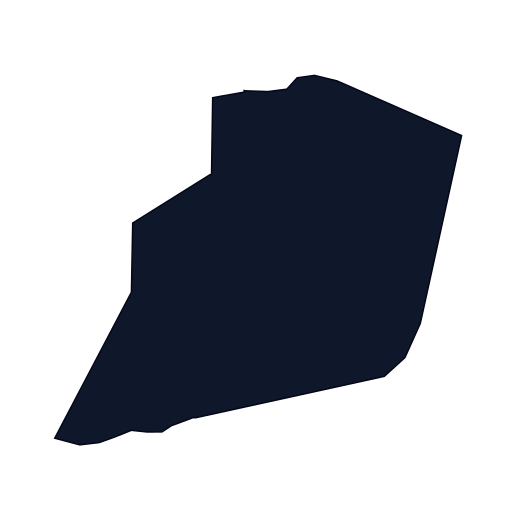 Migny, Soufrière, Saint Lucia (Equal Earth projection), rotated 86°
{"feature_id": "8701671B42961858888115", "entity_name": "Migny", "entity_type": "district", "adm_level": 2, "iso_a3": "LCA", "parent_name": "Saint Lucia", "parent_adm1": "Soufrière", "projection": "equal_earth", "projection_center": [-61.018, 13.841], "detail": "fine", "context": "isolated", "style": "filled", "palette": "ink", "viewbox_px": 512, "rotation_deg": 86, "n_neighbors": 0, "source": "geoboundaries", "source_scale": "gbopen_adm2", "svg_char_len": 552}
<svg xmlns="http://www.w3.org/2000/svg" viewBox="0 0 512 512"><g transform="rotate(86 256 256)"><path d="M150.2,42.5L87.0,162.9L79.9,185.1L81.1,202.5L91.7,213.6L92.8,232.6L90.5,254.8L90.1,256.3L91.7,256.4L94.0,278.6L95.1,288.2L171.8,294.7L171.6,296.1L214.5,376.7L283.4,382.8L423.1,469.1L423.7,469.5L432.1,445.0L431.2,425.5L428.7,416.6L426.7,409.6L421.2,392.5L424.0,376.7L424.9,362.0L419.4,352.3L413.7,332.9L412.9,330.3L413.1,327.2L385.0,136.4L367.7,114.5L334.7,96.8L228.4,65.5L150.2,42.5Z" fill="#0f172a" stroke="#020617" stroke-width="1.5"/></g></svg>